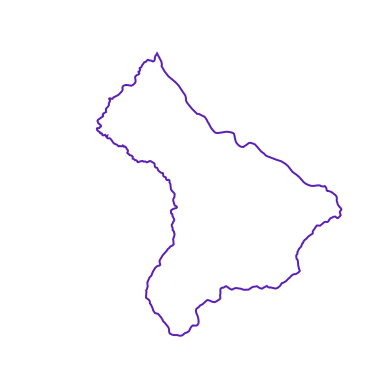 outline of Olaya, Antioquia, Colombia, rotated 140°
{"feature_id": "7082276B51610426990427", "entity_name": "Olaya", "entity_type": "district", "adm_level": 2, "iso_a3": "COL", "parent_name": "Colombia", "parent_adm1": "Antioquia", "projection": "albers", "projection_center": [-75.768, 6.602], "detail": "fine", "context": "isolated", "style": "outline", "palette": "violet", "viewbox_px": 384, "rotation_deg": 140, "n_neighbors": 0, "source": "geoboundaries", "source_scale": "gbopen_adm2", "svg_char_len": 5974}
<svg xmlns="http://www.w3.org/2000/svg" viewBox="0 0 384 384"><g transform="rotate(140 192 192)"><path d="M298.2,123.0L297.0,121.5L296.3,120.3L296.3,115.8L296.7,113.0L297.2,111.5L296.9,109.2L297.0,104.0L297.4,102.6L298.1,101.1L298.9,100.3L299.7,99.0L299.9,97.8L299.1,95.8L298.2,94.4L295.4,92.0L294.8,91.3L294.4,90.5L293.0,89.1L291.9,88.6L291.3,88.4L289.0,88.5L287.8,88.3L286.8,88.0L286.0,87.5L283.6,87.4L279.8,89.1L277.6,89.3L277.1,89.2L276.6,88.8L276.3,88.3L274.7,87.0L273.7,86.6L271.9,87.0L270.9,87.8L269.9,88.9L268.4,91.2L267.6,92.9L266.7,95.9L266.0,97.6L264.6,99.2L263.6,99.7L260.4,99.5L259.0,99.9L255.8,99.2L250.4,99.5L249.5,99.2L248.7,98.2L246.9,94.7L245.4,93.0L243.8,92.6L239.9,92.1L239.4,92.1L238.4,92.5L237.1,94.6L235.3,96.1L234.5,97.2L232.7,99.3L232.1,99.6L230.7,99.4L229.2,98.4L227.0,98.2L226.3,97.7L225.0,93.0L224.2,91.6L220.5,90.5L219.7,89.8L216.4,86.1L215.8,84.7L214.7,83.4L211.3,80.8L207.6,80.5L206.2,80.1L203.5,78.4L202.6,77.8L202.5,76.7L201.5,74.1L200.2,72.8L198.6,72.8L197.7,72.4L196.1,72.2L195.1,71.9L195.0,70.6L194.8,70.0L194.0,68.9L193.2,68.5L190.3,64.6L189.5,64.0L187.7,63.5L185.0,63.5L183.4,63.9L182.1,64.4L181.4,64.4L180.3,63.8L179.5,63.6L177.1,63.3L174.3,63.6L172.0,63.6L170.4,63.9L168.0,63.9L166.6,63.4L165.5,62.6L164.4,62.2L162.6,62.0L160.4,62.1L160.0,62.5L159.3,64.6L157.5,68.0L157.0,68.6L154.8,71.9L154.8,73.6L154.1,74.9L153.3,76.0L152.8,76.4L152.0,76.7L151.0,76.9L149.6,78.4L148.2,78.9L146.6,79.7L144.1,79.9L143.2,80.2L141.2,81.4L140.4,81.7L139.7,81.6L138.2,82.5L137.7,82.6L136.6,82.8L134.0,82.7L133.2,83.0L131.1,83.1L128.5,82.9L126.3,82.6L126.0,82.8L125.1,83.9L124.5,84.3L118.2,86.1L117.6,85.9L115.6,83.9L114.1,83.8L110.8,83.9L109.9,83.8L109.0,83.4L107.5,82.0L106.2,81.9L104.6,82.6L102.8,82.9L101.8,82.5L99.6,82.1L98.3,81.3L98.0,80.8L97.5,78.6L97.1,78.3L94.9,78.3L93.1,78.6L92.5,79.8L92.3,80.7L92.0,81.2L91.2,81.9L89.1,82.4L88.4,83.4L88.6,86.8L88.3,88.7L86.8,92.2L84.7,94.6L84.1,96.0L84.2,97.9L85.2,102.3L86.4,104.5L87.6,105.7L87.6,106.9L86.6,108.8L86.4,109.8L86.5,111.2L87.2,111.4L87.9,111.8L89.5,113.7L89.8,114.8L90.5,115.5L91.8,116.5L95.1,118.6L96.7,120.1L97.6,121.3L98.7,123.3L99.7,125.7L100.1,127.9L100.3,134.9L100.7,137.4L102.1,142.8L101.8,150.1L102.4,153.8L103.9,158.2L106.2,161.8L111.7,171.6L112.1,173.5L112.1,175.1L113.0,178.6L113.0,184.4L113.2,188.0L113.5,188.7L114.8,191.0L115.8,192.3L116.5,192.7L117.2,193.0L120.5,193.1L121.8,193.4L123.6,193.4L124.9,194.6L125.6,195.7L126.0,196.7L126.4,199.2L126.3,201.4L125.7,203.3L122.5,209.4L122.5,210.5L123.9,212.8L126.0,215.3L127.0,216.1L134.4,220.6L135.6,221.9L136.1,222.8L136.3,225.1L136.2,228.7L135.1,233.9L135.0,235.4L134.4,237.4L134.0,240.8L134.2,241.9L136.5,247.2L137.9,248.7L138.5,255.3L138.5,259.2L138.4,263.1L138.2,264.7L137.4,266.6L136.4,267.6L135.2,270.0L134.9,272.0L134.7,274.6L133.8,282.4L134.1,286.8L135.7,295.7L135.5,301.9L134.4,308.0L133.3,308.8L131.7,311.4L129.7,320.6L130.8,320.1L132.6,319.8L134.5,318.4L135.5,317.3L136.6,316.8L137.6,316.9L138.0,317.1L138.8,319.0L140.0,320.0L140.5,321.3L140.8,321.6L141.8,321.7L143.5,321.4L144.7,321.9L145.6,322.0L146.9,321.5L148.3,321.3L150.7,320.2L152.3,320.6L152.8,320.2L152.8,319.7L152.9,319.3L153.4,318.9L154.5,318.3L155.6,318.6L155.9,318.2L155.9,317.1L156.2,316.6L157.2,316.4L159.1,317.0L161.0,317.0L161.9,316.4L163.4,313.9L164.5,312.6L165.4,312.2L167.4,312.0L168.3,312.0L170.1,312.4L173.1,315.8L174.2,316.7L176.1,317.4L176.7,317.4L177.7,317.1L178.5,316.4L179.0,315.3L179.8,314.7L180.4,314.4L182.4,314.0L186.3,313.7L191.1,314.9L192.1,314.8L192.9,314.5L193.6,315.0L194.5,316.4L195.2,316.8L195.6,316.7L195.7,316.3L195.7,315.2L196.3,314.4L198.5,313.5L200.1,311.8L202.1,311.3L203.8,311.2L204.6,310.9L205.2,310.3L206.3,308.5L209.6,309.1L209.9,308.7L210.8,308.5L211.1,308.1L211.1,307.5L211.5,307.2L217.6,307.7L218.7,307.2L219.5,305.0L219.5,304.2L219.2,303.6L219.1,301.6L219.2,301.1L219.6,300.7L220.9,301.0L221.6,300.6L222.0,300.6L223.5,301.8L223.9,301.8L224.3,301.5L224.8,300.4L224.7,298.7L224.1,297.2L224.5,296.4L224.5,295.9L224.3,295.6L223.7,295.4L223.4,294.8L224.1,293.0L223.5,292.4L221.8,291.6L221.7,290.7L222.2,290.0L222.2,289.7L220.8,289.5L222.0,288.5L222.2,287.9L222.0,287.2L220.9,286.4L220.3,285.7L220.3,283.1L220.6,281.1L220.6,279.3L219.1,276.4L218.9,274.2L218.5,273.9L217.9,273.8L216.9,272.5L216.4,272.1L215.1,272.2L214.9,271.7L215.2,271.2L215.2,270.7L214.9,270.3L214.2,270.1L214.0,269.6L213.9,268.2L214.3,267.1L214.3,265.1L215.4,264.0L216.3,263.7L216.5,263.1L216.0,261.6L216.1,260.4L214.8,258.6L214.8,256.9L216.0,255.8L215.2,253.9L215.2,253.1L214.6,252.6L214.2,251.6L214.1,250.8L214.4,250.1L214.4,249.8L214.0,249.4L211.9,248.7L210.0,247.6L209.4,246.2L208.6,245.8L208.2,245.4L207.6,243.8L205.5,243.1L204.8,243.1L204.2,242.6L203.5,241.5L203.3,240.5L202.6,238.9L202.7,237.4L203.8,235.9L204.2,234.7L204.1,234.2L203.3,233.1L203.2,232.7L204.0,230.2L203.7,228.0L203.1,226.2L202.3,225.3L202.2,225.1L202.4,224.6L203.4,223.2L203.7,222.4L203.5,221.5L202.7,220.2L202.8,219.7L203.6,218.4L203.6,217.4L201.9,216.2L201.8,215.5L202.0,215.0L203.0,213.9L203.6,211.7L206.4,207.7L206.6,206.0L206.4,202.5L206.6,201.6L207.1,201.0L207.8,200.5L208.7,199.4L210.4,198.9L211.0,198.5L212.1,197.2L213.9,192.8L213.1,191.0L213.2,190.2L213.5,189.9L214.4,189.8L216.4,190.8L218.1,191.3L219.7,191.4L220.4,191.0L221.6,189.2L221.6,188.5L221.3,187.9L222.4,185.9L223.1,183.0L223.7,181.8L224.2,181.5L225.8,181.2L226.8,180.5L228.6,179.9L229.4,178.8L230.1,176.6L231.3,175.2L231.2,173.5L231.4,173.0L231.9,172.4L232.2,171.3L233.2,170.2L234.9,169.0L236.0,168.6L236.6,168.1L239.8,163.6L241.5,163.6L243.9,164.2L245.3,163.8L247.4,163.8L249.2,163.2L255.0,162.4L259.9,160.7L261.0,160.2L261.9,159.1L262.7,157.3L263.2,156.6L264.3,156.6L265.6,157.3L266.6,157.6L268.4,157.6L269.3,157.5L273.6,155.9L277.0,154.0L278.8,154.0L280.0,153.6L284.5,151.3L286.6,148.2L288.9,146.6L290.5,146.0L290.9,145.0L291.3,144.5L291.7,144.3L295.2,140.5L294.4,137.3L294.4,136.2L294.6,135.4L295.8,133.8L295.9,131.9L296.9,128.3L297.8,126.4L298.2,123.0Z" fill="none" stroke="#5b21b6" stroke-width="2"/></g></svg>